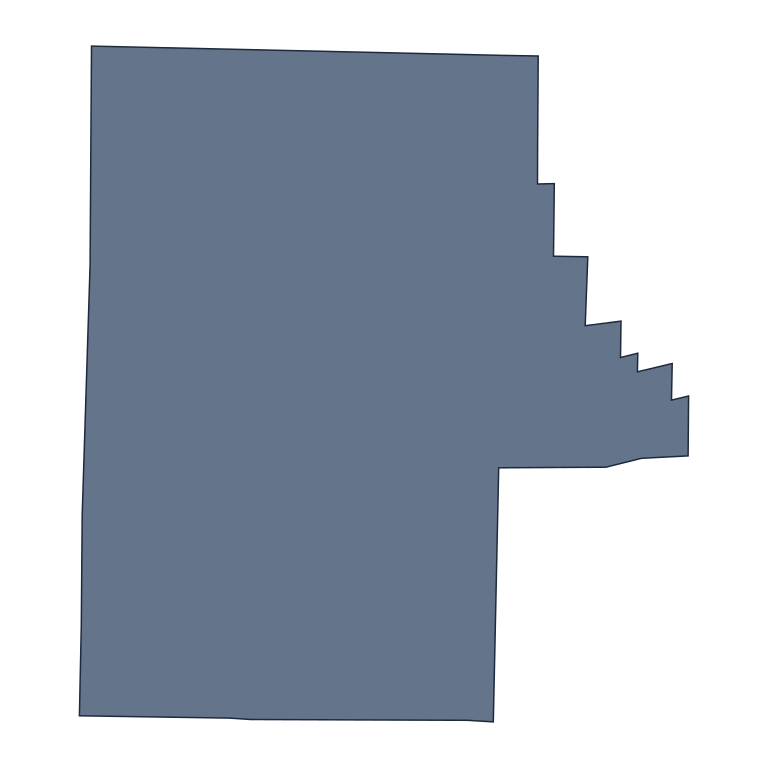 Shannon, Missouri, United States of America (Equal Earth projection)
{"feature_id": "52423323B94843923052061", "entity_name": "Shannon", "entity_type": "district", "adm_level": 2, "iso_a3": "USA", "parent_name": "United States of America", "parent_adm1": "Missouri", "projection": "equal_earth", "projection_center": [-91.258, 37.153], "detail": "fine", "context": "isolated", "style": "filled", "palette": "slate", "viewbox_px": 768, "rotation_deg": 0, "n_neighbors": 0, "source": "geoboundaries", "source_scale": "gbopen_adm2", "svg_char_len": 471}
<svg xmlns="http://www.w3.org/2000/svg" viewBox="0 0 768 768"><path d="M82.2,514.6L81.3,625.5L79.4,715.8L229.6,718.1L250.6,719.5L467.4,720.3L493.3,721.9L498.7,467.8L605.8,467.2L641.5,458.3L688.1,455.9L688.6,396.0L671.5,400.1L672.2,363.5L637.4,371.8L637.8,353.2L620.5,357.5L621.0,321.1L585.2,325.7L587.8,256.8L553.5,256.2L554.3,183.6L537.5,184.0L537.6,147.5L538.2,56.0L503.6,55.4L91.5,46.1L90.1,264.5L82.2,514.6Z" fill="#64748b" stroke="#1e293b" stroke-width="1.5"/></svg>